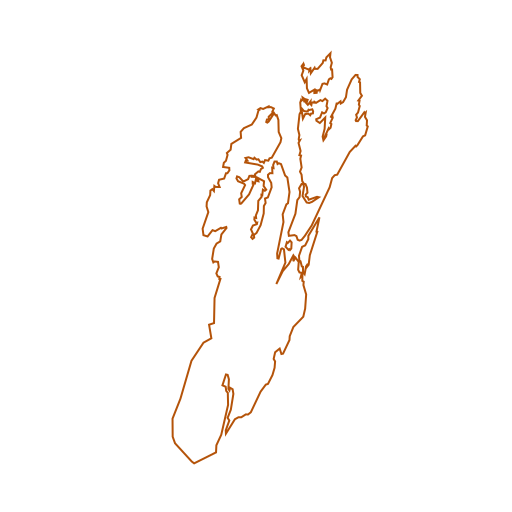 the district of Bremanger nor, Sogn og Fjordane, Norway, rotated 110°
{"feature_id": "86288312B98133792313273", "entity_name": "Bremanger nor", "entity_type": "district", "adm_level": 2, "iso_a3": "NOR", "parent_name": "Norway", "parent_adm1": "Sogn og Fjordane", "projection": "natural_earth1", "projection_center": [5.182, 61.79], "detail": "fine", "context": "isolated", "style": "outline", "palette": "amber", "viewbox_px": 512, "rotation_deg": 110, "n_neighbors": 0, "source": "geoboundaries", "source_scale": "gbopen_adm2", "svg_char_len": 6053}
<svg xmlns="http://www.w3.org/2000/svg" viewBox="0 0 512 512"><g transform="rotate(110 256 256)"><path d="M454.2,226.4L447.4,228.5L435.9,227.5L405.5,231.3L394.2,235.7L392.9,237.9L389.2,239.8L389.0,243.3L377.6,243.7L377.4,242.0L381.1,239.3L390.3,236.5L391.4,235.0L388.7,235.3L389.2,232.4L393.3,230.1L409.0,227.1L417.8,227.3L419.7,224.8L430.2,224.8L433.2,223.5L416.6,220.0L413.5,217.3L412.6,214.7L408.3,211.4L407.7,209.3L404.6,207.4L381.9,205.3L373.5,202.8L372.1,201.0L362.2,199.8L354.7,200.3L348.5,202.0L346.7,204.2L339.9,205.1L334.9,202.1L339.4,198.6L338.5,197.2L323.5,195.8L319.8,196.9L309.9,196.6L296.9,190.8L288.7,191.8L275.0,195.7L267.1,201.5L263.8,202.4L263.5,204.0L258.5,205.7L260.6,206.7L256.1,207.2L256.6,209.5L254.5,211.7L247.0,213.8L244.0,218.3L248.2,219.2L243.3,220.2L242.6,221.1L252.4,222.5L261.1,225.7L275.4,227.3L252.2,226.1L240.2,232.0L239.9,234.1L240.9,234.8L250.7,233.9L250.8,235.1L246.4,237.0L214.7,241.8L207.7,245.2L197.1,245.1L195.5,244.0L184.4,246.4L171.5,253.4L170.4,256.2L161.1,263.9L161.0,266.3L162.2,267.2L160.1,268.8L160.9,270.9L164.7,271.0L167.4,269.6L167.5,271.0L172.6,268.9L173.4,271.3L175.6,272.5L177.9,271.6L182.1,266.7L186.1,264.8L196.9,264.9L198.9,267.2L202.9,265.1L206.3,265.7L213.4,263.3L225.5,262.2L234.2,263.4L237.0,265.2L239.3,264.0L241.1,265.1L240.0,267.0L236.0,266.6L232.7,269.8L228.4,269.3L225.8,266.1L224.3,266.3L224.8,267.0L222.4,270.0L220.3,270.6L220.2,268.9L218.0,270.0L212.4,269.8L203.4,272.7L198.7,271.0L196.7,271.8L196.7,270.9L191.3,272.2L191.7,270.0L190.2,269.1L187.6,272.8L183.0,274.0L182.0,280.9L185.0,279.2L185.1,280.3L182.7,282.5L188.0,281.8L187.6,284.4L189.2,283.8L189.0,282.7L200.5,283.6L211.7,287.8L212.2,288.3L212.3,289.2L208.5,291.2L205.4,289.6L202.1,291.4L193.1,290.5L192.1,292.0L191.9,298.4L189.8,300.9L187.7,301.0L187.7,298.6L190.1,293.9L189.5,292.5L186.5,289.7L183.0,289.6L181.9,287.3L181.8,286.4L182.9,286.7L182.1,284.2L179.7,285.0L175.7,282.7L175.6,281.2L172.6,281.1L170.8,279.7L169.7,280.8L169.5,285.6L171.8,298.2L170.0,298.2L169.3,296.7L167.5,299.4L165.8,296.8L165.8,291.4L164.2,291.1L165.2,288.4L164.3,286.8L166.3,284.1L165.1,282.2L165.8,280.5L162.8,280.3L162.2,277.0L159.6,276.7L158.2,274.8L140.7,271.9L136.6,272.5L131.7,277.1L120.5,281.5L116.5,284.7L117.2,285.5L116.0,287.3L117.2,288.2L125.4,290.1L126.8,291.0L126.6,292.2L124.0,292.4L123.3,290.6L120.8,291.7L115.0,288.9L114.8,290.0L111.3,289.7L111.0,293.0L112.0,295.2L111.2,295.4L115.4,299.6L115.5,302.4L117.2,303.7L117.1,301.9L117.7,303.5L125.8,302.9L133.9,304.9L140.0,311.1L144.6,312.9L150.1,310.4L159.1,317.5L164.8,316.2L169.2,318.6L170.7,317.3L176.8,316.8L179.4,318.1L183.6,317.4L182.3,311.3L184.6,310.3L188.0,311.2L188.5,312.5L194.1,312.4L197.0,316.8L200.6,316.5L203.6,313.8L204.9,317.5L204.4,319.1L209.3,317.8L208.1,319.9L210.1,321.2L214.5,319.9L222.3,320.6L226.3,319.4L231.1,315.8L248.6,315.5L254.4,312.5L254.2,308.2L246.6,305.7L246.6,302.8L241.5,298.6L241.9,297.8L238.9,293.9L239.8,293.3L247.6,295.9L254.5,294.6L257.8,297.3L263.4,298.2L273.8,296.2L276.6,293.9L275.3,293.0L274.5,289.7L279.3,287.1L285.9,287.3L288.3,285.0L288.1,283.1L290.1,282.6L289.8,281.6L309.6,280.6L333.4,272.5L336.6,276.6L348.6,269.8L355.4,275.7L376.5,280.8L416.0,278.2L437.4,278.8L454.3,272.5L459.7,268.0L471.1,246.1L472.0,243.2L454.2,226.4ZM105.3,194.7L96.0,195.3L95.5,196.6L90.5,198.1L88.0,201.2L83.6,202.0L84.7,202.6L84.0,203.4L94.4,206.4L95.0,208.1L94.3,208.8L91.3,208.5L89.0,210.2L86.3,209.2L79.6,209.8L78.6,211.1L74.7,211.8L74.9,213.0L69.2,211.3L67.1,213.8L57.3,217.6L57.2,218.7L54.4,218.9L53.0,221.8L51.2,222.5L51.8,224.4L57.3,226.5L68.6,227.3L76.0,225.8L81.6,226.8L83.7,228.5L81.8,229.5L85.6,231.9L84.3,232.5L90.5,231.8L100.5,233.3L97.7,232.5L99.8,231.2L105.7,231.7L106.2,230.3L110.0,229.8L111.8,230.7L111.2,231.4L120.3,232.2L118.9,231.1L119.6,231.0L124.2,232.2L121.0,234.2L113.1,235.0L102.2,238.3L109.2,241.5L108.2,245.5L106.9,246.2L104.0,243.2L98.4,243.0L98.8,240.9L97.1,239.6L92.5,239.3L91.1,241.0L85.7,241.9L84.5,244.8L87.7,246.6L87.5,248.8L91.6,252.0L91.1,253.8L92.8,253.6L91.7,254.2L92.7,256.0L95.2,255.6L94.4,257.2L92.2,257.7L96.2,259.0L94.6,262.0L93.8,260.8L91.6,260.9L91.7,262.6L93.7,262.0L94.2,263.6L91.6,264.7L91.1,266.4L92.9,265.4L94.6,266.4L94.1,267.0L96.7,266.9L104.1,263.6L104.4,262.5L102.1,262.8L103.4,260.5L103.0,258.1L102.1,256.8L99.6,256.6L101.1,256.6L98.9,253.3L100.5,251.8L102.5,251.3L103.4,253.0L105.2,253.2L104.3,255.5L105.8,258.3L110.9,258.9L105.7,261.7L106.3,262.8L105.5,263.3L107.8,263.6L122.2,260.1L127.5,256.6L131.7,255.8L132.8,254.9L132.2,254.3L135.2,254.7L142.1,250.0L146.4,249.7L146.2,248.0L149.5,247.6L157.2,243.4L161.7,243.5L164.0,241.0L169.8,238.2L171.8,235.5L171.5,234.1L174.3,231.5L178.9,229.3L181.4,230.3L183.0,229.5L183.0,227.6L185.1,225.7L179.5,218.9L179.3,217.0L186.0,221.9L188.0,224.2L188.4,226.7L183.7,232.8L174.7,234.5L172.5,235.9L172.7,237.8L177.6,238.7L180.6,236.5L185.8,235.2L189.3,236.3L202.9,233.4L222.6,233.7L225.8,232.0L223.2,227.0L223.5,224.8L226.5,222.4L226.6,220.3L225.3,218.7L220.4,217.0L208.3,214.1L166.3,210.3L156.7,211.1L153.2,209.7L151.8,207.5L126.2,203.5L118.4,200.2L118.8,199.4L117.2,198.6L107.0,196.4L105.3,194.7ZM61.8,245.2L54.7,248.3L55.1,249.2L53.1,250.4L48.5,250.8L44.0,254.4L40.0,255.4L45.3,257.8L48.4,257.5L49.1,259.6L51.8,259.3L59.1,262.1L60.0,264.6L59.1,265.3L65.5,267.0L61.8,268.7L63.5,269.3L61.8,269.7L62.8,270.3L62.6,274.5L63.4,275.5L61.6,276.6L60.2,276.2L59.5,276.8L61.6,276.7L60.1,277.5L62.1,278.1L65.6,274.9L70.5,274.9L76.1,269.6L72.3,269.0L81.0,265.5L84.6,262.0L79.7,258.0L82.9,256.9L81.9,254.8L80.7,255.1L81.2,257.3L79.7,257.3L79.3,254.2L77.7,252.9L78.3,252.5L71.5,252.4L70.4,250.7L70.5,247.8L65.1,247.9L63.6,246.9L63.8,245.7L61.8,245.2ZM236.8,205.7L211.3,206.7L213.3,207.4L198.0,209.6L219.1,213.7L222.3,212.6L229.2,213.4L231.6,215.8L241.1,215.7L245.4,213.7L245.7,212.4L250.1,209.4L250.1,208.2L256.2,205.8L255.4,205.5L256.4,204.1L248.6,205.4L245.6,204.6L248.1,204.1L246.3,203.5L236.8,205.7ZM236.9,225.4L231.0,227.2L229.9,229.3L232.9,230.6L232.5,231.7L237.2,231.4L239.1,227.6L238.2,227.1L238.8,226.1L236.9,225.4Z" fill="none" stroke="#b45309" stroke-width="2"/></g></svg>